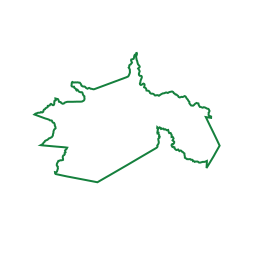 outline of Parnamirim, Pernambuco, Brazil, rotated 205°
{"feature_id": "56859067B61443615516540", "entity_name": "Parnamirim", "entity_type": "district", "adm_level": 2, "iso_a3": "BRA", "parent_name": "Brazil", "parent_adm1": "Pernambuco", "projection": "robinson", "projection_center": [-39.739, -8.164], "detail": "fine", "context": "isolated", "style": "outline", "palette": "green", "viewbox_px": 256, "rotation_deg": 205, "n_neighbors": 0, "source": "geoboundaries", "source_scale": "gbopen_adm2", "svg_char_len": 5213}
<svg xmlns="http://www.w3.org/2000/svg" viewBox="0 0 256 256"><g transform="rotate(205 128 128)"><path d="M112.8,94.5L104.9,106.0L93.9,121.9L93.4,123.0L93.5,123.9L94.1,124.5L93.8,125.8L93.8,127.1L94.1,128.2L95.2,129.7L95.7,130.4L96.0,131.2L95.4,132.4L95.6,133.4L96.3,133.4L96.6,134.7L97.4,135.1L97.9,135.5L98.2,136.3L99.0,135.6L99.7,136.6L99.6,137.7L100.1,138.3L100.2,139.5L101.5,140.2L101.8,141.1L101.2,140.9L99.8,141.2L99.6,141.9L98.2,141.9L97.6,141.1L96.9,141.6L95.6,142.4L94.6,141.9L93.7,142.6L91.8,142.4L90.8,143.2L89.5,141.7L88.5,140.8L87.3,141.5L86.3,140.7L85.7,140.4L85.2,139.3L84.7,138.3L84.0,138.9L83.3,138.6L82.3,137.8L82.3,136.9L82.4,135.6L80.4,135.1L79.9,134.1L80.0,133.2L80.3,132.5L81.0,132.3L81.4,131.5L81.1,130.5L79.7,129.6L79.2,130.1L77.7,130.1L77.4,129.3L76.0,128.7L75.3,128.5L74.5,128.6L73.5,129.7L71.7,128.8L71.1,129.7L70.1,129.9L68.9,129.3L68.1,129.4L67.2,129.0L66.1,128.8L65.4,127.4L64.5,126.3L63.9,125.1L62.8,124.9L62.0,125.0L61.4,124.7L59.9,125.3L58.9,125.9L58.2,126.1L57.4,125.8L56.6,126.3L55.7,126.2L55.1,125.4L54.3,125.8L53.2,125.5L52.7,126.1L51.5,126.7L50.8,127.0L50.1,127.0L49.4,126.7L48.8,126.8L47.9,127.2L46.5,128.4L45.8,129.0L44.7,129.4L43.7,130.2L42.6,131.5L42.3,130.9L39.9,124.9L38.7,136.1L38.4,139.0L38.2,142.1L37.5,150.7L41.8,154.3L48.4,159.7L52.5,163.0L53.4,163.7L62.1,170.8L57.0,172.3L57.5,173.5L58.4,173.5L59.5,173.2L60.6,174.0L60.8,174.9L61.4,175.9L61.2,176.8L61.3,177.9L62.3,178.7L63.2,179.3L64.4,179.0L65.1,179.0L66.0,179.1L67.1,179.1L68.2,178.8L68.8,178.0L70.3,177.8L71.2,177.8L71.8,177.5L72.4,177.9L73.4,178.5L73.9,179.2L74.6,180.0L75.4,179.7L76.4,179.7L77.1,178.8L77.5,178.1L77.9,176.7L78.5,175.7L80.3,175.1L81.0,175.4L82.8,176.3L83.5,177.7L84.7,178.1L86.0,179.1L87.2,179.5L89.0,180.8L90.1,180.9L91.5,179.2L92.8,178.8L93.5,178.0L94.2,177.5L95.2,177.5L96.3,178.3L97.2,178.4L98.2,178.8L99.1,178.4L100.2,178.9L101.2,178.9L101.6,179.3L102.4,179.7L103.5,179.7L104.3,179.1L105.4,178.3L106.3,177.3L106.7,176.6L108.5,176.3L110.0,174.7L111.2,174.0L112.5,172.2L113.6,170.3L114.4,170.4L115.0,170.3L115.9,169.8L117.2,168.9L118.1,169.2L119.2,169.6L120.2,169.5L121.5,168.9L122.7,169.0L123.9,170.0L125.0,170.4L127.1,169.8L127.9,170.9L128.4,171.4L129.2,171.7L130.6,171.7L131.0,173.6L131.3,174.3L131.9,174.8L132.7,174.8L133.4,174.0L133.9,172.9L134.8,172.4L135.6,172.7L136.1,173.5L136.1,174.7L136.6,176.0L136.8,179.5L137.3,180.5L137.9,180.8L138.7,180.6L139.3,180.3L140.0,180.5L140.6,180.9L141.1,181.9L141.4,184.4L142.2,185.1L144.0,186.2L143.2,187.9L143.4,188.7L144.1,189.2L145.1,189.6L146.0,190.1L146.8,191.0L148.2,192.8L149.0,193.4L149.7,194.5L150.3,195.3L150.9,196.3L151.0,198.2L151.3,199.2L152.4,200.3L152.0,199.3L152.0,198.5L152.8,197.1L152.8,196.1L152.1,193.3L152.5,192.7L154.0,191.4L153.7,190.4L152.0,188.9L152.5,186.7L153.1,186.0L153.3,185.3L152.7,183.8L152.9,183.0L152.0,182.5L151.1,181.8L149.7,179.1L149.6,178.3L149.5,177.4L149.5,175.6L149.7,174.7L150.3,174.0L150.9,173.3L174.8,149.1L175.4,148.6L176.5,148.3L177.7,148.1L178.5,147.8L179.3,147.9L180.2,147.9L180.8,147.2L181.3,146.5L182.7,146.5L183.6,146.9L184.5,147.2L185.3,147.1L186.2,146.6L187.3,146.6L188.2,146.8L188.6,147.4L189.6,148.1L190.8,148.7L191.4,148.5L192.1,148.2L192.8,148.2L193.7,147.6L194.7,147.3L195.3,146.8L196.0,146.6L196.8,146.1L197.7,146.3L198.1,145.7L197.9,144.7L197.4,143.5L197.2,142.6L196.6,142.0L195.5,142.1L194.3,142.6L193.7,141.8L192.8,141.6L191.7,141.4L191.2,140.7L190.5,140.3L189.9,141.3L189.1,140.9L188.3,140.4L187.5,140.2L186.2,140.3L185.3,140.8L184.6,140.9L184.0,140.5L183.5,139.9L182.9,139.2L181.9,138.6L180.9,138.3L180.4,137.1L179.7,136.1L179.5,134.9L179.7,134.1L180.2,133.4L180.8,132.6L181.4,132.2L185.3,130.3L186.0,130.0L187.1,129.4L194.0,126.1L194.7,125.6L195.4,124.9L196.1,124.2L196.5,123.1L197.4,122.4L198.9,122.4L200.0,123.0L200.7,122.8L201.6,122.6L202.2,123.3L202.7,123.8L203.3,124.3L203.9,124.6L204.8,124.3L205.7,124.2L206.3,124.1L205.9,123.3L205.2,122.6L205.6,122.0L206.1,121.3L205.6,119.9L205.1,119.0L205.0,118.1L205.1,117.3L205.9,116.9L206.6,117.0L207.4,117.3L208.0,117.3L208.4,116.6L208.5,115.4L209.2,114.7L210.0,114.2L209.7,113.6L209.7,112.8L210.5,111.9L211.1,110.8L211.2,109.9L211.9,109.1L212.0,108.1L211.7,107.0L212.0,106.3L212.5,105.7L213.6,105.7L214.2,104.7L215.2,104.2L216.0,103.8L216.9,102.8L217.9,101.9L218.5,100.7L206.7,101.7L205.7,101.9L203.2,102.2L201.9,101.9L200.8,102.4L200.1,102.5L199.3,101.7L198.6,101.3L198.0,101.2L197.2,101.4L196.0,100.4L195.3,99.2L194.3,98.4L193.5,97.1L193.8,96.4L194.2,95.5L194.2,94.3L194.1,93.5L193.5,92.0L193.4,90.7L192.9,89.4L193.1,87.9L193.4,87.2L194.0,86.6L194.5,85.8L195.2,85.3L195.8,83.7L196.4,82.8L197.0,82.2L197.7,81.3L197.8,80.0L198.3,79.2L198.4,77.9L198.8,76.9L199.2,76.4L199.8,75.6L198.2,76.1L184.7,81.0L177.1,83.8L174.8,84.5L174.9,82.6L175.4,81.7L175.5,80.7L174.8,80.1L174.3,79.5L174.9,78.5L174.2,77.3L174.4,76.5L175.0,75.8L175.1,74.8L174.6,73.5L173.9,72.7L173.4,71.7L174.2,70.9L174.8,70.5L175.8,70.1L176.5,69.1L177.2,68.8L177.2,67.5L177.3,66.5L177.3,65.6L176.9,64.2L176.0,63.5L175.3,63.4L174.9,62.3L174.4,61.7L174.2,60.0L174.0,58.8L174.2,57.8L174.9,57.2L175.5,57.1L174.8,56.0L174.1,55.7L162.4,58.4L161.3,58.7L147.5,62.2L132.8,65.9L126.5,74.9L125.2,76.7L119.5,84.9L112.8,94.5Z" fill="none" stroke="#15803d" stroke-width="2"/></g></svg>